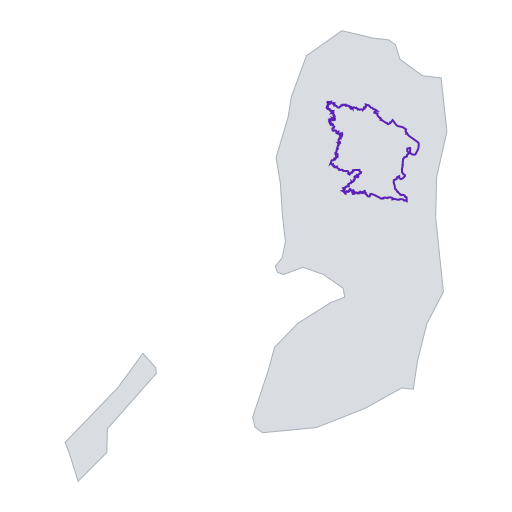 Nablus, West Bank, Palestine (highlighted)
{"feature_id": "87354302B42764778113026", "entity_name": "Nablus", "entity_type": "district", "adm_level": 2, "iso_a3": "PSE", "parent_name": "Palestine", "parent_adm1": "West Bank", "projection": "natural_earth1", "projection_center": [35.262, 32.179], "detail": "fine", "context": "in_parent", "style": "outline", "palette": "violet", "viewbox_px": 512, "rotation_deg": 0, "n_neighbors": 0, "source": "geoboundaries", "source_scale": "gbopen_adm2", "svg_char_len": 6777}
<svg xmlns="http://www.w3.org/2000/svg" viewBox="0 0 512 512"><path d="M441.1,77.9L446.9,131.5L436.6,177.3L435.7,217.4L443.4,291.9L426.9,323.6L417.5,361.0L413.3,389.2L401.7,388.0L365.0,408.4L316.2,427.6L262.5,432.7L254.9,427.0L252.7,417.2L268.5,369.7L274.5,347.4L297.8,323.3L330.8,302.5L344.7,297.2L343.2,288.3L323.5,274.5L303.0,267.3L283.5,274.5L277.4,272.3L275.4,266.2L282.2,257.7L285.4,241.7L282.4,215.1L280.3,182.7L276.1,157.6L288.2,116.8L291.2,97.4L306.4,55.8L341.9,30.7L372.5,38.0L388.7,39.9L395.5,44.8L399.9,59.2L422.5,75.8L441.1,77.9ZM142.9,353.3L155.9,368.0L156.3,373.4L107.4,428.8L106.8,452.5L78.1,481.3L69.1,452.7L65.1,442.4L117.8,387.7L142.9,353.3Z" fill="#d9dde1" stroke="#a8b0b8" stroke-width="1"/><path d="M415.6,154.0L418.1,149.1L418.5,147.5L418.8,144.1L418.4,142.6L408.6,135.6L407.9,134.8L407.2,133.3L406.3,133.5L406.5,133.0L405.5,131.3L406.1,129.4L402.6,127.1L397.5,126.0L396.2,124.9L392.6,120.1L390.8,122.4L390.0,122.5L390.1,123.2L388.0,124.2L387.2,123.7L386.9,122.9L385.6,122.7L382.4,120.4L380.8,120.0L381.2,119.3L380.2,118.5L380.4,117.9L378.8,117.2L377.4,115.2L377.5,113.3L375.9,113.3L375.4,113.1L375.1,112.5L374.3,112.6L374.3,112.2L374.9,111.8L375.5,112.0L375.7,110.8L376.9,110.8L375.0,109.5L373.1,109.0L372.6,108.1L370.7,107.5L369.4,105.8L368.7,105.7L368.6,105.3L365.8,104.5L366.2,106.0L366.0,106.4L365.5,106.3L365.3,106.7L365.6,107.2L365.0,107.8L364.3,107.7L364.3,108.1L363.9,107.8L363.7,108.9L362.8,110.0L362.7,109.7L360.9,109.3L359.6,109.8L358.4,109.0L357.8,109.5L356.3,107.7L355.6,108.1L353.9,107.3L353.1,108.1L352.6,107.9L352.6,108.6L351.5,107.0L351.2,106.9L351.2,108.1L351.4,108.1L351.3,108.8L351.0,108.9L350.6,108.5L351.0,108.0L350.7,107.4L350.1,107.5L349.2,106.0L348.5,106.2L348.0,105.6L347.1,105.4L347.0,105.7L346.0,105.9L345.6,104.8L345.1,105.2L344.6,104.8L342.6,104.7L342.5,105.2L341.9,105.3L342.1,105.5L340.2,106.5L339.3,107.5L338.1,107.5L336.4,106.3L336.4,105.9L335.3,105.6L334.4,103.9L334.4,103.3L333.9,103.5L333.7,104.3L333.2,103.2L332.7,103.6L331.2,102.8L330.9,102.4L331.3,102.2L331.0,101.7L330.3,102.1L327.6,101.9L327.3,102.3L327.7,102.9L328.4,102.9L328.9,102.5L328.7,102.3L329.7,102.1L329.5,102.3L329.6,104.0L328.5,104.1L327.9,104.6L328.1,105.1L327.6,105.5L327.8,106.3L327.0,106.5L327.0,107.2L326.6,107.7L326.9,108.0L327.7,107.0L327.9,107.3L327.4,107.9L327.6,109.0L329.1,109.0L328.9,109.4L329.6,110.0L330.3,109.9L330.8,110.4L330.4,110.9L330.7,111.5L331.2,111.7L332.0,111.4L332.0,111.0L333.3,111.0L332.7,112.5L332.0,113.1L333.4,112.9L333.2,114.3L333.9,114.7L333.9,115.3L333.4,115.0L333.5,115.4L333.7,115.8L334.3,115.7L334.7,116.2L333.8,117.2L333.9,117.8L333.5,118.2L332.7,118.0L333.3,118.6L334.9,118.5L334.9,119.1L334.4,118.9L334.4,119.3L333.6,119.6L334.0,120.0L332.8,120.3L331.7,119.4L331.3,119.6L330.9,119.1L330.0,120.0L329.5,119.3L329.3,119.4L329.6,119.7L328.9,121.3L329.3,121.9L329.7,121.3L330.3,121.5L329.8,122.2L329.9,123.1L330.3,123.0L330.7,123.6L330.4,124.0L330.7,124.8L331.7,124.7L331.2,124.3L331.5,123.6L331.9,124.1L332.4,124.1L332.9,124.4L332.7,125.0L333.1,125.2L333.2,125.8L334.2,126.7L333.8,127.2L333.9,127.7L332.5,128.3L332.3,129.0L332.7,130.5L333.5,130.9L334.3,130.3L335.9,130.6L335.9,131.1L336.8,131.6L336.6,132.1L336.9,132.3L338.3,131.7L338.2,132.3L338.5,132.5L337.5,132.3L336.8,132.8L337.4,133.0L337.2,133.4L337.9,133.6L338.5,133.0L339.1,133.6L339.7,133.7L339.4,134.4L339.9,135.3L340.2,135.2L340.1,134.4L340.8,134.0L340.7,133.4L341.3,133.3L341.4,133.9L341.7,134.0L342.1,133.5L342.3,134.2L341.7,136.5L341.1,136.9L340.9,137.6L340.1,135.8L339.9,135.8L340.6,138.0L339.6,138.7L339.2,138.5L338.5,139.9L338.7,141.0L339.9,142.0L340.0,142.5L339.5,142.4L338.7,141.4L339.7,143.2L339.5,143.5L338.9,142.3L338.7,142.8L338.3,142.8L338.7,143.1L338.2,143.6L338.6,144.1L338.5,144.6L338.0,145.2L338.3,145.8L337.8,146.2L337.9,146.5L337.0,148.3L337.8,148.9L336.6,149.9L336.6,151.2L335.8,152.6L335.8,153.0L335.3,153.2L335.5,154.2L336.2,154.1L336.7,153.6L337.6,154.2L337.5,156.9L336.1,156.3L336.1,157.5L334.8,158.3L335.0,159.3L335.3,159.2L335.1,159.6L334.2,159.7L333.9,159.2L333.3,160.2L331.7,160.3L330.5,163.5L331.0,163.1L331.9,164.5L332.7,164.2L332.6,164.7L333.6,165.4L333.4,165.9L333.7,166.0L333.9,165.5L334.3,165.8L334.4,166.5L334.1,166.8L334.8,167.3L336.3,166.8L336.4,167.1L336.8,166.9L336.7,167.4L339.0,169.1L339.1,169.9L342.5,169.8L343.3,171.0L347.8,171.1L348.6,172.7L349.4,173.3L348.4,173.9L349.6,174.6L351.4,172.4L352.1,172.6L352.4,171.7L353.2,171.4L352.9,170.2L353.1,170.1L359.4,169.9L359.6,171.2L361.1,172.1L360.8,173.2L359.7,173.5L358.2,174.7L358.3,176.9L357.9,177.2L357.1,177.3L356.6,176.5L357.3,175.4L356.8,175.0L356.3,175.5L356.2,176.1L355.9,176.0L355.4,176.7L354.6,176.5L354.4,176.8L355.0,177.8L354.5,178.8L354.8,178.9L354.7,179.5L353.6,180.1L353.9,180.8L353.2,181.6L352.3,181.9L351.8,181.5L352.0,182.1L350.8,182.5L350.8,183.2L350.1,183.2L348.2,184.2L348.1,184.9L348.6,185.3L348.8,186.3L346.8,186.3L346.4,186.8L345.9,186.7L345.2,187.3L345.1,187.9L344.8,187.7L343.1,188.1L343.6,188.9L344.1,188.9L344.3,189.3L344.0,189.5L344.0,190.5L342.5,190.9L343.4,191.3L343.9,190.9L344.0,191.9L344.9,192.0L345.1,192.3L344.7,193.0L345.3,193.7L345.6,193.8L345.7,192.6L345.3,192.7L345.3,192.2L346.0,191.9L345.9,191.4L346.4,191.3L346.5,191.8L347.5,191.8L348.0,191.4L348.4,191.7L348.7,191.4L348.5,191.0L348.8,190.7L349.0,190.9L349.4,190.2L349.0,191.1L349.4,191.2L350.1,189.8L349.7,189.6L349.8,189.2L350.4,189.1L350.8,190.3L352.2,190.5L352.2,190.8L352.7,190.6L352.6,191.2L353.5,190.4L353.8,191.0L353.2,191.7L353.9,191.3L354.2,191.6L352.8,192.4L353.2,192.7L353.0,193.8L353.8,193.6L354.7,194.4L354.3,193.7L356.3,192.7L355.7,192.3L357.7,192.9L357.8,193.5L359.1,193.3L358.6,192.6L359.2,192.2L360.1,192.3L360.3,191.8L361.9,193.0L362.2,192.6L363.0,192.9L363.1,192.5L363.4,192.7L363.7,192.5L362.7,191.9L363.7,191.6L364.6,190.8L364.8,190.9L364.8,192.0L365.7,192.7L365.4,193.4L365.6,194.1L366.5,194.4L367.3,195.2L367.2,195.6L368.2,196.4L369.6,196.5L370.3,194.9L370.2,194.1L370.9,193.8L374.2,194.9L379.5,197.6L380.7,198.5L382.9,198.6L383.4,198.4L383.3,197.9L384.7,197.5L387.6,198.1L388.3,197.4L390.6,197.4L392.4,198.0L392.4,199.4L394.3,198.9L398.6,199.9L399.5,199.3L401.2,199.1L403.3,199.6L404.2,200.6L405.3,200.3L406.7,201.1L406.6,197.4L404.9,196.7L404.8,195.6L403.2,194.8L401.3,195.1L400.4,194.8L400.1,194.0L398.6,193.0L397.9,191.8L397.3,191.7L396.1,189.6L395.1,188.9L394.6,185.4L393.7,182.9L393.8,180.5L393.9,180.0L396.6,179.1L397.0,177.2L399.2,176.2L399.4,178.2L400.8,179.1L402.5,178.5L404.9,176.2L404.9,175.1L402.9,173.7L402.7,173.0L402.0,172.4L402.0,168.3L402.6,166.7L402.4,165.2L402.8,164.9L402.6,164.6L403.1,158.9L404.0,158.2L404.4,157.2L406.9,156.5L407.0,154.8L408.7,153.7L408.4,152.3L407.2,151.1L407.3,148.6L410.0,147.9L410.3,148.9L409.9,152.0L410.6,153.4L412.5,154.5L414.8,154.7L415.6,154.0Z" fill="none" stroke="#5b21b6" stroke-width="2"/></svg>